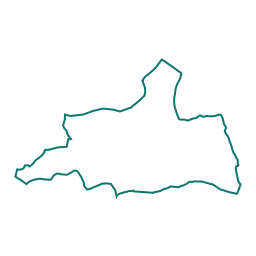 Cas En Bas, Gros Islet, Saint Lucia (Natural Earth projection)
{"feature_id": "8701671B99981007165290", "entity_name": "Cas En Bas", "entity_type": "district", "adm_level": 2, "iso_a3": "LCA", "parent_name": "Saint Lucia", "parent_adm1": "Gros Islet", "projection": "natural_earth1", "projection_center": [-60.932, 14.085], "detail": "fine", "context": "isolated", "style": "outline", "palette": "teal", "viewbox_px": 256, "rotation_deg": 0, "n_neighbors": 0, "source": "geoboundaries", "source_scale": "gbopen_adm2", "svg_char_len": 5879}
<svg xmlns="http://www.w3.org/2000/svg" viewBox="0 0 256 256"><path d="M45.2,149.8L44.5,151.8L44.3,152.3L44.2,152.2L44.1,152.7L43.5,153.4L42.7,154.5L42.0,155.2L41.8,155.5L41.5,155.8L40.3,156.7L40.0,156.9L39.7,157.2L39.1,157.8L37.7,158.8L35.7,160.2L34.7,161.3L33.8,162.6L32.6,164.1L30.6,165.8L29.9,166.2L29.3,166.5L28.4,165.3L27.9,165.3L24.8,165.5L24.5,166.7L23.5,168.2L23.2,168.5L22.0,169.1L20.2,169.6L18.7,169.7L17.5,169.4L17.2,169.4L16.0,174.2L15.4,176.6L16.5,177.5L17.0,177.8L17.2,178.0L18.2,178.5L20.7,179.9L23.8,182.2L26.6,184.1L27.6,183.0L30.1,181.1L35.2,179.4L40.1,178.7L46.0,179.6L50.7,179.7L50.9,179.5L51.8,178.2L52.1,177.9L52.5,177.2L52.9,176.7L53.4,175.9L53.7,175.6L54.1,175.1L54.8,174.7L55.1,174.5L55.7,174.3L56.0,174.2L57.6,173.4L59.6,174.1L66.9,174.8L71.8,172.2L74.2,170.5L75.1,170.6L76.1,170.7L76.5,170.7L76.8,170.9L77.1,171.1L77.4,171.3L77.9,171.9L78.2,172.3L79.1,173.8L79.3,174.1L80.1,175.3L80.6,176.0L80.8,176.3L81.2,176.9L81.4,177.2L81.6,177.7L81.8,178.0L82.2,179.0L82.9,180.8L83.8,182.6L83.9,183.0L84.0,183.5L84.1,184.1L84.0,184.6L84.2,185.5L84.4,186.2L84.5,186.5L85.1,187.2L85.5,187.6L85.8,187.8L86.2,188.1L86.3,188.4L87.0,189.5L89.6,189.0L93.1,187.6L102.1,183.7L106.7,183.4L110.9,183.9L115.2,190.2L116.6,196.4L116.8,196.0L117.2,195.4L117.6,195.1L118.3,194.5L119.1,194.0L120.0,193.5L120.4,193.3L120.8,193.3L121.4,193.2L121.7,193.2L122.4,193.0L123.9,192.4L124.4,192.2L125.2,192.1L126.4,191.9L126.9,191.8L127.2,191.7L128.5,191.2L128.9,191.1L129.9,191.0L130.1,190.9L130.6,191.0L131.4,191.1L132.3,191.1L133.1,190.5L133.4,190.6L133.8,191.1L134.1,191.4L153.2,192.8L153.3,192.5L155.0,192.1L155.3,192.0L156.4,191.8L157.5,191.6L158.5,191.4L158.9,191.3L159.2,191.2L160.2,191.0L160.6,190.8L160.9,190.6L161.4,190.4L161.8,190.2L162.5,189.8L163.0,189.4L164.2,189.2L164.7,189.0L165.1,188.9L165.4,188.7L166.4,188.4L167.2,188.2L167.6,188.1L167.8,188.0L168.1,187.9L169.4,187.0L170.4,186.8L170.8,186.6L171.7,186.6L172.1,186.6L172.6,186.6L174.0,186.7L174.3,186.8L174.8,186.9L175.7,187.0L177.0,187.0L177.4,187.1L178.3,187.3L178.7,187.2L179.1,187.0L179.5,186.9L179.8,186.8L180.3,186.3L180.7,186.0L181.0,185.8L181.6,185.9L182.0,185.8L182.9,185.6L184.0,185.1L184.9,184.6L185.3,184.5L185.7,184.3L186.5,183.8L186.8,183.6L187.2,183.4L187.6,183.2L188.4,182.6L188.7,182.3L189.2,181.8L192.9,181.9L193.0,181.8L193.9,181.4L195.8,181.4L197.6,181.5L201.3,181.5L203.0,181.8L204.9,182.4L210.8,184.0L211.6,184.1L212.3,184.4L213.7,185.0L214.9,185.8L218.1,187.9L219.5,188.9L220.4,189.4L221.0,189.7L222.7,190.0L223.5,190.3L226.4,191.3L227.3,191.5L228.4,191.8L229.3,192.1L230.2,192.4L236.8,193.8L237.0,193.6L237.2,193.2L238.8,189.6L238.9,189.4L239.2,188.6L239.3,188.4L239.5,187.8L239.5,187.5L239.7,186.9L239.8,186.4L240.6,184.5L240.5,184.3L239.8,183.6L239.5,182.9L239.3,182.7L238.8,182.1L238.6,181.8L238.2,180.9L238.0,179.8L237.6,177.8L237.4,177.1L237.0,175.4L236.8,175.0L236.7,173.9L236.5,172.8L236.2,170.9L236.0,170.4L235.8,169.1L235.8,168.5L235.9,167.6L236.1,166.8L236.5,166.1L237.0,166.3L237.3,166.2L238.3,165.6L238.3,164.8L237.7,164.0L237.8,162.9L237.8,161.5L237.5,159.6L237.1,158.7L236.5,158.2L236.1,157.7L235.3,155.4L234.8,154.5L234.0,153.6L233.4,152.5L232.6,150.2L232.4,149.6L231.9,148.1L231.6,147.0L231.5,146.3L231.2,145.3L230.4,143.3L229.5,141.2L229.1,139.4L228.9,138.6L228.3,137.3L228.0,136.6L227.2,135.3L226.0,133.8L225.7,133.2L225.4,132.6L224.7,131.4L224.8,131.0L225.0,130.2L225.4,129.4L225.9,128.4L226.1,127.6L225.6,126.5L225.3,126.2L224.9,125.5L224.4,124.8L224.0,124.1L223.7,122.8L223.6,122.5L223.3,121.5L223.3,121.2L223.2,120.7L223.2,120.4L223.0,119.7L222.8,119.3L222.8,118.8L222.6,118.4L222.4,117.8L222.0,116.8L221.9,116.5L221.8,116.2L221.6,115.9L221.5,115.6L221.4,115.5L220.8,115.0L220.6,114.8L220.2,114.6L219.3,114.7L218.6,114.9L218.3,115.0L217.7,115.0L217.4,115.1L216.9,115.3L216.5,115.5L216.1,115.6L215.5,115.8L215.2,115.9L213.7,116.2L213.1,116.2L212.8,116.2L212.2,116.2L211.9,116.2L211.4,116.3L210.7,116.3L209.8,116.3L208.7,116.2L207.6,115.9L207.2,115.9L206.5,115.9L206.1,116.1L205.7,116.4L205.4,116.4L204.9,116.5L204.7,116.5L204.3,116.6L204.0,116.6L203.4,116.7L203.1,116.8L202.3,116.7L201.9,116.3L201.8,116.2L201.6,116.0L201.0,115.6L200.2,115.5L199.8,115.5L199.4,115.6L199.0,115.8L198.8,115.9L198.3,116.4L197.7,116.8L197.1,117.5L196.9,117.7L196.7,117.8L196.2,118.0L195.5,118.0L195.1,118.1L194.8,118.1L194.4,118.2L193.7,118.4L193.2,118.6L192.6,118.8L192.0,118.9L191.7,119.1L191.3,119.4L190.6,119.4L190.0,119.6L189.6,119.9L189.2,120.1L189.0,120.3L188.7,120.5L188.2,120.5L187.3,120.4L185.8,120.1L185.0,119.7L184.6,119.6L183.6,119.6L182.4,119.6L181.6,119.6L180.8,119.5L180.3,119.6L180.0,119.6L179.4,119.3L179.1,118.8L178.7,118.2L178.0,116.9L177.3,114.7L176.6,113.0L176.2,111.8L176.0,110.7L175.6,109.5L175.3,108.7L175.1,108.3L174.8,107.2L174.6,106.0L174.4,105.0L174.3,103.5L174.2,102.7L174.2,100.1L174.2,99.0L174.3,98.1L174.4,97.0L174.7,95.0L174.9,94.2L175.1,93.1L175.2,92.2L175.3,91.0L175.6,89.1L176.0,87.7L176.6,85.8L177.0,84.7L177.4,83.8L177.8,82.9L179.8,79.3L180.0,78.9L181.4,73.2L180.8,72.7L179.8,72.1L178.5,71.2L174.3,68.1L175.4,68.9L167.1,63.1L165.6,61.9L161.7,59.6L155.9,67.5L155.0,68.4L154.0,69.3L153.5,69.7L152.4,70.9L147.0,75.3L145.7,76.2L145.1,76.8L143.6,78.8L142.8,80.5L142.9,81.5L142.7,81.4L144.3,86.1L144.8,87.2L144.9,87.3L145.1,89.6L145.1,89.8L145.2,91.2L145.2,92.8L145.2,91.5L145.2,92.2L144.4,95.7L139.3,100.6L130.9,107.6L119.9,111.5L113.1,109.6L102.9,108.6L92.8,111.0L83.5,114.5L70.4,116.0L65.0,114.6L64.8,119.6L63.5,124.0L63.2,124.8L63.3,125.3L63.4,125.9L63.4,126.2L63.6,126.8L63.8,127.1L64.1,127.8L64.4,128.3L64.7,128.7L65.0,129.0L65.6,129.6L66.2,130.4L66.5,130.8L66.8,131.4L66.9,131.7L67.0,132.1L67.2,133.1L67.5,134.1L67.7,134.6L68.0,135.1L68.2,135.5L68.6,136.0L69.1,136.2L69.6,137.1L70.2,138.0L70.5,138.5L70.9,139.0L70.4,139.1L70.0,139.2L69.2,139.2L68.2,139.1L66.7,146.9L58.5,147.3L48.0,149.9L45.2,149.8Z" fill="none" stroke="#0f766e" stroke-width="2"/></svg>